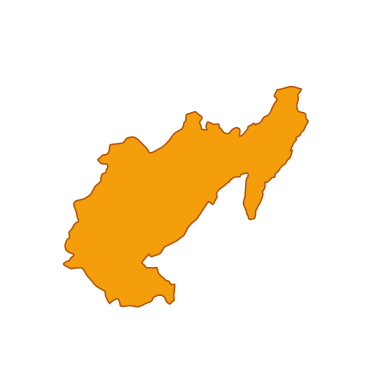 the border of Ayacucho, rotated 58°
{"feature_id": "PER-586", "entity_name": "Ayacucho", "entity_type": "Department", "adm_level": 1, "iso_a3": "PER", "parent_name": "Peru", "parent_adm1": "", "projection": "natural_earth1", "projection_center": [-74.059, -13.878], "detail": "fine", "context": "isolated", "style": "filled", "palette": "amber", "viewbox_px": 384, "rotation_deg": 58, "n_neighbors": 0, "source": "natural_earth", "source_scale": "10m", "svg_char_len": 6087}
<svg xmlns="http://www.w3.org/2000/svg" viewBox="0 0 384 384"><g transform="rotate(58 192 192)"><path d="M193.7,55.9L195.7,59.9L198.4,63.8L198.9,64.8L199.3,67.0L199.6,68.1L200.4,69.3L200.9,69.8L201.1,70.4L201.2,71.9L200.9,74.2L201.2,75.2L202.4,75.6L203.2,76.2L203.7,77.4L204.2,79.7L208.1,85.7L209.2,86.7L209.7,85.0L210.8,85.8L214.4,90.0L215.0,91.1L215.6,94.0L216.1,95.5L217.2,97.5L217.5,98.6L217.7,101.6L218.5,104.8L219.4,106.0L219.9,107.4L220.9,111.8L221.2,112.6L222.5,113.2L223.0,113.8L223.2,114.4L222.9,114.7L222.2,116.1L223.6,122.7L222.6,124.6L222.6,125.2L223.8,125.8L226.3,127.4L227.3,128.4L228.9,131.7L229.3,132.2L231.6,133.1L233.7,135.1L237.5,140.5L239.3,144.3L240.7,145.9L241.0,147.0L241.5,147.8L245.0,150.2L247.0,152.3L247.5,153.2L247.2,154.1L246.5,156.5L246.0,157.4L245.3,157.9L244.5,157.9L242.0,157.2L241.0,157.1L239.8,157.1L238.9,156.9L237.5,156.2L236.8,156.0L229.8,154.8L227.7,153.7L224.8,150.3L223.6,149.2L211.0,140.0L209.6,138.6L208.6,136.7L207.7,135.5L206.9,135.0L206.0,134.8L205.3,135.1L204.8,135.7L204.5,136.6L204.0,138.4L203.3,139.8L203.2,140.6L203.4,141.4L204.3,143.1L203.8,144.7L202.2,147.1L201.9,148.3L201.8,149.5L202.1,152.4L202.3,153.2L203.0,154.9L203.1,157.9L203.8,161.1L204.2,167.0L204.4,168.3L205.5,170.9L206.0,171.8L206.7,172.3L208.6,172.8L209.2,173.2L209.8,173.7L210.2,174.4L211.8,177.5L213.3,179.7L213.4,180.9L213.0,181.3L212.2,181.7L209.0,182.7L209.4,184.6L217.6,202.5L218.2,208.1L219.1,211.7L219.7,213.4L220.2,214.7L222.0,217.4L224.3,221.6L224.6,223.0L224.7,224.2L224.7,225.5L225.1,229.1L225.2,232.4L224.1,243.5L224.2,245.0L226.0,248.5L227.1,251.0L227.2,253.0L225.5,260.1L225.0,261.0L224.2,261.4L222.5,261.2L221.8,261.3L221.9,261.9L224.7,270.8L225.7,272.1L229.0,271.2L231.2,271.0L232.0,270.7L232.6,270.3L233.0,269.6L233.7,268.0L234.2,267.3L235.7,265.6L236.1,264.9L236.5,264.1L237.0,262.4L237.5,261.9L238.2,261.8L239.0,262.1L240.6,262.8L241.8,263.2L242.7,263.4L243.5,263.4L245.2,263.2L246.9,262.8L250.0,261.7L251.5,261.3L252.8,261.1L253.4,260.8L254.0,260.4L255.0,259.2L255.8,258.9L256.6,258.9L257.8,259.0L258.7,258.9L259.5,258.5L259.9,257.9L260.6,256.6L261.2,255.7L263.3,256.9L264.8,258.2L266.5,259.3L268.9,261.4L269.7,262.1L274.5,264.6L274.6,267.3L275.3,269.3L275.2,270.1L274.8,270.6L274.1,271.0L272.5,271.5L271.6,271.6L270.6,271.6L267.4,271.1L266.4,271.2L265.6,271.4L264.2,272.1L263.6,272.5L262.6,273.6L261.9,274.9L261.5,275.8L260.9,279.7L261.4,281.5L262.4,283.0L262.9,284.1L263.0,285.2L262.9,286.2L262.5,287.5L262.0,290.7L261.6,295.0L260.9,298.4L260.1,299.7L255.8,304.3L255.2,305.2L252.9,310.4L252.0,311.8L251.5,312.4L251.0,312.8L250.4,312.9L249.8,312.8L247.7,311.9L246.0,311.5L244.4,311.3L243.7,311.4L243.0,311.8L242.5,312.5L242.2,315.0L242.4,318.5L242.8,321.0L239.8,321.1L234.4,320.3L233.0,319.8L232.4,319.4L230.2,318.4L221.7,322.8L218.5,323.7L215.3,323.9L207.8,325.2L200.1,325.1L198.8,325.4L197.8,325.9L197.3,326.5L194.4,331.6L193.5,334.2L193.0,335.0L192.3,335.7L186.7,339.0L185.6,339.2L184.8,338.8L184.5,338.1L184.4,337.2L184.4,336.4L185.0,332.7L184.9,331.8L184.5,331.2L183.7,330.0L183.6,329.5L183.4,327.1L183.2,326.2L182.6,325.5L181.9,325.5L181.2,325.8L179.5,327.3L177.7,328.4L176.0,329.1L175.0,329.4L174.3,329.5L172.9,329.2L171.3,328.7L170.6,328.3L169.3,327.4L166.8,324.4L166.4,323.6L166.1,322.9L166.0,322.1L165.9,320.3L164.5,319.2L161.7,318.1L160.9,317.4L160.4,316.4L160.3,315.5L159.8,314.0L159.1,312.4L157.4,309.4L156.8,307.7L156.6,306.4L157.0,304.8L156.9,304.0L156.3,303.6L155.6,303.3L152.9,302.7L147.5,300.6L141.9,299.6L139.9,298.8L139.2,298.2L138.7,297.5L138.4,296.7L138.1,294.9L140.6,287.5L140.7,286.2L140.7,283.4L140.5,280.2L140.3,279.2L139.9,278.4L138.6,276.3L137.6,273.9L136.3,272.1L135.6,269.7L135.4,267.1L135.1,265.5L134.8,264.4L133.8,263.2L130.7,260.7L130.0,259.9L129.3,258.7L129.3,257.6L129.8,255.3L129.5,254.5L127.7,252.5L126.8,251.1L126.2,250.3L125.5,249.6L124.8,249.3L124.0,249.2L123.3,249.5L122.7,250.0L120.9,252.7L120.4,253.3L119.8,253.8L119.1,254.1L115.3,254.9L114.7,254.7L114.4,254.0L114.2,251.9L113.3,248.3L114.8,244.9L114.6,243.0L113.9,241.5L113.5,240.8L112.9,240.2L109.8,237.8L108.7,236.2L109.2,234.6L109.8,233.3L110.6,232.0L113.3,226.0L113.8,224.4L113.4,222.9L112.0,219.5L112.0,218.1L112.3,216.8L112.6,215.9L114.1,212.8L115.8,211.5L118.8,210.0L131.0,207.2L134.9,207.4L136.0,207.3L136.6,206.7L137.2,205.6L137.5,204.0L138.2,194.0L137.7,189.6L136.0,183.8L133.3,177.1L132.9,174.5L133.1,167.9L132.7,166.5L132.2,165.4L131.5,164.5L129.8,162.9L129.3,162.3L128.8,161.6L128.3,159.9L127.8,159.1L126.7,158.2L124.6,156.9L124.0,156.4L123.6,155.9L123.4,155.2L125.4,147.2L125.8,146.6L126.2,146.3L129.9,145.3L132.7,144.0L133.4,143.9L134.1,144.0L134.7,144.5L135.2,145.2L136.3,147.7L136.6,148.3L137.4,148.8L138.5,149.2L140.6,149.4L142.6,150.3L144.1,150.4L146.6,147.4L147.0,146.7L146.8,146.2L145.7,145.9L144.8,145.7L143.2,145.0L141.0,141.9L141.3,141.2L142.2,140.3L145.8,138.0L146.7,136.8L147.9,134.3L148.3,133.7L148.9,133.4L149.4,133.5L150.7,134.3L151.4,134.5L152.2,134.4L153.8,134.0L154.7,133.9L156.2,133.9L158.7,133.3L159.7,132.8L161.0,131.8L161.6,130.7L161.7,129.7L161.7,128.9L161.4,128.1L160.8,126.6L160.4,124.7L160.4,122.6L160.5,121.7L160.8,120.8L161.2,120.0L161.7,119.5L162.2,119.0L162.9,118.6L163.8,118.4L164.9,118.6L166.5,119.6L168.8,121.5L169.3,121.8L169.8,121.9L170.4,120.9L170.3,118.9L170.1,117.5L168.0,111.6L166.2,109.5L166.6,106.8L166.6,106.1L166.3,103.4L166.8,102.9L167.3,102.7L168.3,102.8L168.5,102.7L168.6,102.4L168.5,101.2L169.1,100.0L169.2,99.1L169.1,96.9L168.8,96.0L167.1,92.3L166.8,91.1L166.7,90.3L167.0,89.4L167.1,88.4L167.1,86.7L166.9,85.7L166.5,84.4L165.8,83.0L162.1,77.8L160.7,75.4L159.3,71.7L159.0,71.3L158.4,71.0L157.4,70.6L156.3,70.7L155.3,71.3L154.4,71.4L153.2,70.4L150.5,65.6L152.2,61.1L154.2,53.8L154.7,52.8L155.3,51.8L157.9,48.9L162.6,44.8L164.0,46.6L164.3,47.1L164.7,48.3L165.1,49.8L165.4,50.5L165.7,50.8L166.2,51.1L168.7,52.1L169.5,52.5L170.0,52.9L171.4,54.8L172.6,55.9L173.6,57.0L174.2,57.5L175.0,57.9L178.1,59.0L178.7,59.1L179.4,59.0L180.7,58.5L181.8,57.7L183.6,55.7L185.2,54.6L185.7,54.5L186.4,54.6L187.6,55.0L189.5,56.2L190.6,56.3L193.7,55.9Z" fill="#f59e0b" stroke="#b45309" stroke-width="1.5"/></g></svg>